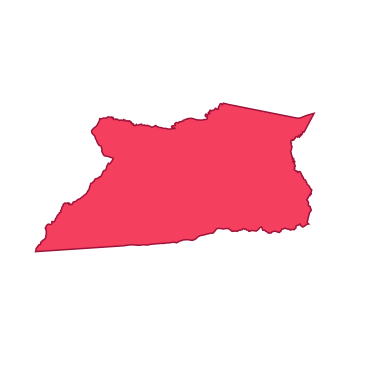 the district of Mutatá, Antioquia, Colombia, rotated 119°
{"feature_id": "7082276B10402397965480", "entity_name": "Mutatá", "entity_type": "district", "adm_level": 2, "iso_a3": "COL", "parent_name": "Colombia", "parent_adm1": "Antioquia", "projection": "mercator", "projection_center": [-76.456, 7.344], "detail": "fine", "context": "isolated", "style": "filled", "palette": "rose", "viewbox_px": 384, "rotation_deg": 119, "n_neighbors": 0, "source": "geoboundaries", "source_scale": "gbopen_adm2", "svg_char_len": 6069}
<svg xmlns="http://www.w3.org/2000/svg" viewBox="0 0 384 384"><g transform="rotate(119 192 192)"><path d="M85.1,123.0L64.0,123.4L69.3,128.7L75.3,133.7L76.6,136.4L97.8,202.7L99.1,207.6L100.9,207.6L100.6,208.7L100.6,209.4L101.1,210.0L102.0,210.1L102.9,209.8L104.2,210.1L105.2,209.8L106.0,209.8L106.5,209.1L107.0,209.2L107.3,209.6L107.6,210.4L107.3,211.7L107.5,212.2L109.1,212.3L110.4,213.1L110.7,213.8L111.9,214.8L111.5,215.5L111.6,215.8L113.0,215.7L114.8,216.2L115.0,216.0L114.5,215.6L114.4,214.9L114.4,214.7L114.8,214.5L115.6,215.5L117.0,215.6L117.0,217.3L117.4,217.8L118.9,217.5L119.3,216.3L118.7,215.5L118.8,215.0L119.7,214.9L120.7,214.2L121.0,214.3L121.9,215.1L123.0,216.9L124.1,217.8L124.8,219.1L126.5,222.6L127.6,227.8L129.3,230.6L130.0,231.4L130.3,231.2L131.5,232.8L132.7,233.5L133.5,234.4L134.6,234.3L135.0,235.2L136.0,235.8L136.9,237.3L138.2,237.5L138.7,238.7L138.8,239.5L140.6,240.2L141.9,239.0L142.8,240.3L144.1,241.6L144.5,241.7L145.2,240.9L145.3,240.3L145.1,239.2L144.5,238.1L144.5,237.8L144.8,237.7L146.8,241.0L147.8,241.6L149.2,246.1L150.2,247.9L150.7,250.6L151.6,252.3L151.5,253.3L151.8,254.1L151.8,255.2L151.4,255.4L151.4,255.9L151.8,256.4L152.7,256.6L154.7,258.4L154.9,259.0L154.8,260.3L155.3,262.0L155.2,263.2L156.2,264.4L156.6,265.6L156.5,266.3L157.2,266.6L157.6,267.8L157.6,268.4L157.1,268.8L157.2,269.2L159.0,271.1L160.1,271.7L160.2,272.4L159.8,273.4L161.4,273.8L162.1,275.2L162.1,275.5L161.2,275.7L160.9,276.1L161.3,276.7L160.9,277.5L161.5,278.1L160.3,279.0L160.7,279.7L159.9,281.0L160.4,281.7L161.1,281.9L161.1,283.5L162.1,284.1L162.2,285.4L161.6,285.7L162.1,286.4L161.8,286.8L162.9,287.2L163.4,289.0L164.6,289.9L164.4,290.6L164.9,291.4L164.5,291.9L164.8,292.6L164.7,292.9L165.1,294.2L165.9,294.5L166.0,295.3L166.6,295.8L166.3,296.4L165.8,296.2L165.1,297.2L165.2,297.6L165.8,298.0L165.3,298.4L165.4,298.7L166.0,299.3L167.0,301.9L169.1,303.0L170.4,305.5L171.4,306.2L172.6,307.7L172.7,308.3L174.1,307.6L179.7,307.4L181.6,307.8L182.9,308.5L185.2,309.3L187.2,309.5L189.0,308.0L190.4,303.8L192.2,302.3L192.7,301.0L194.2,299.4L195.8,296.9L196.1,296.3L196.1,293.9L196.3,293.3L197.4,292.6L198.4,291.4L200.3,290.5L202.3,287.6L202.6,286.7L202.7,285.8L201.7,283.1L200.9,278.7L200.7,277.4L201.2,277.1L204.7,277.1L205.4,277.4L206.5,277.4L207.4,277.9L207.4,279.1L211.0,279.0L212.7,278.3L214.1,278.1L215.3,278.6L215.8,279.2L216.9,279.7L220.7,279.2L221.2,279.4L222.0,279.1L223.0,279.3L223.5,280.2L225.0,280.6L225.3,281.1L226.0,281.3L227.4,282.9L229.3,283.1L230.1,282.7L231.3,283.5L232.7,283.8L233.2,284.4L234.0,284.7L235.4,284.1L236.6,284.2L239.0,283.5L240.4,283.3L241.1,283.3L241.3,283.6L242.0,283.7L243.5,283.5L245.5,283.9L247.5,284.9L248.9,285.2L250.0,285.9L251.7,286.4L253.1,287.4L253.6,288.1L256.6,289.1L258.0,290.7L258.5,291.0L261.0,290.9L261.4,291.1L261.3,291.5L261.9,292.5L261.4,293.5L262.4,293.6L262.1,294.4L261.6,294.6L261.5,295.1L262.0,295.6L262.7,295.9L263.0,297.2L263.4,297.9L265.2,298.6L266.1,298.1L268.0,298.4L270.8,297.7L271.9,297.9L273.1,296.9L274.4,297.9L275.8,297.6L276.8,298.2L278.4,298.4L279.4,298.1L281.7,298.4L283.3,298.0L284.4,298.0L285.2,298.6L285.7,300.2L286.1,300.1L286.9,299.5L287.4,299.3L288.5,299.4L289.0,299.9L289.8,302.2L292.1,303.1L293.5,302.6L294.2,302.9L294.7,302.9L295.2,301.9L295.8,301.6L296.2,301.0L298.2,299.7L299.5,299.0L300.9,298.8L302.4,297.9L303.0,297.8L305.0,298.1L306.7,299.1L309.1,299.8L309.6,299.8L311.0,299.1L311.5,299.3L312.2,300.2L315.8,300.8L317.5,300.8L318.8,300.1L320.0,299.9L271.9,225.3L268.9,221.5L266.8,218.0L264.8,213.4L263.7,211.5L262.9,210.7L261.9,209.2L260.0,205.2L258.2,203.3L256.5,200.9L251.6,193.6L250.8,191.9L248.6,189.2L246.9,186.3L245.8,185.4L245.5,184.4L244.6,183.4L244.0,180.9L240.3,178.5L239.3,177.2L238.1,176.4L235.7,172.5L234.3,168.5L233.4,167.6L232.0,166.4L230.2,165.6L228.6,165.3L226.4,163.8L223.2,160.1L221.5,158.6L220.8,157.6L218.7,155.4L218.0,153.9L217.0,153.4L216.1,153.4L215.6,153.1L212.6,152.7L211.7,152.1L210.7,150.7L209.8,148.6L209.2,146.6L207.9,145.2L206.4,142.6L206.4,141.1L207.0,138.2L206.7,137.4L205.0,135.0L204.6,133.5L202.4,132.1L201.7,130.9L200.9,130.1L200.6,129.9L199.4,129.7L199.0,129.2L199.0,127.7L198.5,127.2L198.7,125.9L198.2,124.4L198.8,123.3L198.3,122.2L197.3,121.8L196.8,121.2L196.1,119.5L195.7,119.1L195.2,117.1L194.9,116.8L192.6,115.8L189.9,115.2L189.0,114.4L189.3,113.4L191.0,111.9L191.1,111.6L190.2,110.0L190.6,108.5L190.5,107.1L190.9,105.4L190.7,104.8L190.2,104.3L190.1,103.7L189.2,102.8L188.0,102.6L187.2,101.9L186.0,100.5L185.2,96.1L183.2,95.3L180.8,95.4L179.8,93.9L178.7,93.4L178.0,90.0L177.4,89.1L177.7,87.8L177.6,87.5L176.2,86.2L175.4,84.4L173.0,83.7L171.7,84.4L170.9,84.4L169.1,82.6L167.7,82.2L167.7,81.8L168.5,80.9L168.9,79.3L169.0,78.4L168.5,77.7L164.8,75.9L163.7,75.0L163.4,74.5L162.9,76.2L162.2,76.9L160.9,76.9L160.2,77.3L153.1,79.2L152.5,79.2L151.8,78.8L149.5,79.1L148.9,80.5L147.5,81.4L147.2,83.9L144.8,84.9L143.5,86.8L143.1,88.1L142.0,87.7L140.9,87.6L139.2,88.0L138.0,87.1L137.5,87.1L136.6,87.8L136.4,87.7L136.4,87.0L135.9,86.7L135.3,87.0L134.8,87.8L132.8,88.0L132.5,88.4L131.9,88.5L131.6,90.4L131.0,91.2L130.2,91.9L129.3,95.3L128.1,96.4L127.4,97.6L126.6,98.4L126.6,100.7L125.2,101.8L125.1,102.9L124.3,103.6L121.9,107.0L121.9,107.5L122.1,108.2L122.8,108.7L123.6,108.9L122.8,109.8L123.4,110.6L123.0,111.1L123.0,113.4L122.5,113.7L121.5,113.6L120.5,114.4L119.5,114.1L118.6,114.9L118.0,116.1L116.7,116.4L116.7,117.4L116.5,117.8L115.4,117.1L115.2,117.5L115.2,118.2L115.7,118.5L115.1,118.5L114.4,119.0L113.8,119.0L114.3,120.2L113.8,120.1L113.4,120.6L112.9,120.7L112.7,121.9L111.4,122.6L110.5,123.8L109.5,124.3L109.0,125.3L107.7,125.4L103.8,126.5L102.4,128.4L101.7,128.8L101.0,128.7L100.7,129.8L99.1,130.3L98.6,129.7L97.6,129.7L97.5,129.3L98.0,129.0L98.0,128.8L97.3,128.6L96.8,128.1L95.5,128.2L94.9,127.8L93.6,128.0L92.9,127.5L92.6,127.2L92.8,126.4L92.2,126.4L92.0,126.1L92.1,124.8L91.3,125.1L91.0,125.7L90.5,125.9L90.5,125.6L91.1,125.0L91.1,124.6L90.3,124.2L89.3,124.6L89.2,124.0L89.0,123.8L88.6,123.9L88.6,124.5L88.3,124.7L87.6,123.7L87.1,124.0L86.3,123.9L85.8,123.6L85.5,124.1L85.1,123.0Z" fill="#f43f5e" stroke="#9f1239" stroke-width="1.5"/></g></svg>